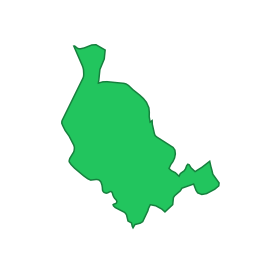 SVG path tracing the border of Varese, rotated 340°
{"feature_id": "ITA-5451", "entity_name": "Varese", "entity_type": "Province", "adm_level": 1, "iso_a3": "ITA", "parent_name": "Italy", "parent_adm1": "", "projection": "equal_earth", "projection_center": [8.786, 45.833], "detail": "fine", "context": "isolated", "style": "filled", "palette": "green", "viewbox_px": 256, "rotation_deg": 340, "n_neighbors": 0, "source": "natural_earth", "source_scale": "10m", "svg_char_len": 1722}
<svg xmlns="http://www.w3.org/2000/svg" viewBox="0 0 256 256"><g transform="rotate(340 128 128)"><path d="M105.1,32.5L105.9,32.7L107.9,36.0L109.9,37.2L114.2,37.8L122.4,37.6L126.4,38.8L133.2,46.9L129.3,55.0L121.6,63.4L116.9,73.1L115.9,74.8L115.5,75.7L120.0,76.0L124.1,77.3L139.5,84.7L141.3,86.0L143.0,88.2L145.7,93.7L150.3,101.2L152.6,105.7L154.1,110.2L154.5,116.2L153.4,120.5L151.8,124.6L150.8,130.0L153.2,129.3L152.1,132.9L150.9,142.0L150.9,144.4L152.1,146.5L163.7,161.7L164.5,164.8L163.6,168.6L161.5,172.1L158.7,174.9L155.8,176.9L152.7,180.0L154.1,182.9L157.2,186.2L159.5,190.8L161.6,188.7L166.2,187.4L168.1,186.0L170.2,183.5L171.8,182.5L172.9,183.5L173.6,187.0L176.1,191.9L184.1,190.2L193.4,187.2L192.7,192.4L192.4,196.3L191.9,200.5L194.8,210.8L193.5,213.4L188.6,215.2L179.4,216.5L174.6,215.7L171.3,212.8L170.6,209.9L170.5,203.1L158.1,203.0L155.7,204.9L148.9,207.5L146.9,208.9L143.8,215.3L134.0,219.5L132.0,215.7L127.5,210.6L122.7,207.7L119.8,210.5L118.3,212.6L109.8,221.0L107.0,221.6L101.5,221.1L98.6,223.5L98.4,221.8L98.8,218.4L96.2,215.4L96.9,209.1L96.5,207.5L95.9,206.1L88.8,198.4L87.7,196.1L87.8,194.9L88.9,194.7L90.2,194.8L91.4,194.6L92.5,193.1L92.3,191.6L91.4,189.5L91.0,187.6L90.9,185.7L91.1,183.2L90.5,182.0L89.4,181.6L86.7,182.0L85.2,181.8L83.5,180.4L82.9,179.1L82.8,177.7L83.6,174.9L84.0,172.9L84.1,169.6L83.5,167.9L82.7,166.6L80.6,165.5L75.1,164.2L72.8,161.9L70.0,157.8L64.0,147.4L62.0,142.8L61.2,139.6L61.6,138.5L62.3,137.5L63.0,136.6L68.6,132.1L69.4,131.2L70.0,130.1L70.5,129.1L71.0,127.8L71.2,125.7L69.9,115.4L68.1,108.9L67.5,103.5L67.4,100.9L68.0,99.4L68.7,98.4L102.8,65.7L103.9,64.3L104.8,62.3L106.1,58.1L106.4,55.7L106.4,53.7L105.1,32.5Z" fill="#22c55e" stroke="#15803d" stroke-width="1.5"/></g></svg>